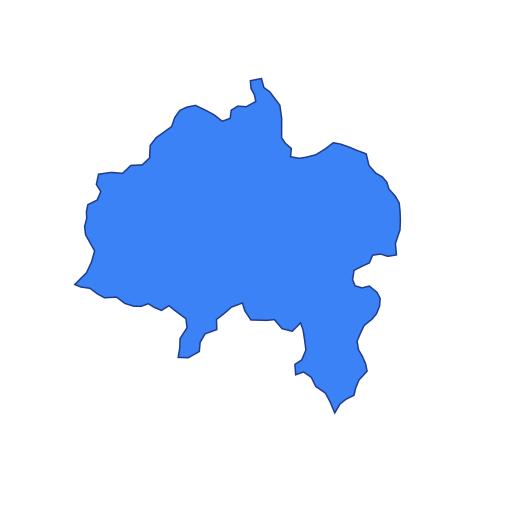 the district of Lamim, Minas Gerais, Brazil, rotated 226°
{"feature_id": "56859067B83633807690549", "entity_name": "Lamim", "entity_type": "district", "adm_level": 2, "iso_a3": "BRA", "parent_name": "Brazil", "parent_adm1": "Minas Gerais", "projection": "robinson", "projection_center": [-43.481, -20.776], "detail": "fine", "context": "isolated", "style": "filled", "palette": "blue", "viewbox_px": 512, "rotation_deg": 226, "n_neighbors": 0, "source": "geoboundaries", "source_scale": "gbopen_adm2", "svg_char_len": 1903}
<svg xmlns="http://www.w3.org/2000/svg" viewBox="0 0 512 512"><g transform="rotate(226 256 256)"><path d="M226.7,148.9L232.6,155.7L235.4,165.3L230.3,176.7L237.8,183.5L236.7,193.7L236.3,202.8L231.6,213.6L224.4,209.9L213.5,207.9L207.8,213.6L202.5,218.7L197.5,225.0L185.6,224.3L176.7,229.8L176.9,241.6L170.1,238.5L162.2,232.9L153.7,226.6L149.5,216.7L151.0,208.7L143.0,202.0L139.6,209.6L130.4,211.5L120.7,208.4L109.1,210.7L99.3,207.9L88.4,203.6L91.2,213.6L90.5,221.0L87.8,229.8L91.9,236.2L95.3,244.0L96.0,255.9L102.2,259.9L109.6,262.7L117.3,264.6L124.5,269.5L127.8,277.2L130.9,285.6L130.0,295.1L130.7,302.4L134.1,310.1L139.2,315.8L145.8,317.8L155.7,316.6L159.4,310.1L165.7,306.6L171.9,309.0L177.6,316.6L174.7,326.0L172.3,332.8L175.6,340.4L170.9,347.0L164.2,350.6L159.2,357.8L168.1,364.9L174.7,377.6L181.1,384.4L188.0,390.6L194.6,395.8L202.5,397.8L211.7,398.1L218.3,401.4L225.1,401.8L232.6,399.7L242.6,400.1L252.9,406.2L262.4,401.7L269.1,398.9L277.5,394.7L283.8,390.3L284.9,380.4L287.3,369.3L292.1,360.9L296.1,355.1L303.4,349.8L308.8,356.1L316.7,355.4L323.3,356.6L329.4,362.5L337.1,370.0L347.9,377.9L357.7,379.1L364.5,379.9L371.7,378.7L379.9,383.2L386.0,373.7L380.0,368.8L373.0,366.8L367.3,363.2L370.2,352.6L376.5,347.0L378.1,339.5L373.0,333.1L376.4,325.3L386.2,324.0L394.7,321.4L406.4,317.1L411.2,309.5L413.6,302.4L412.1,293.9L407.7,285.3L409.0,276.2L410.5,266.3L409.0,256.7L400.5,247.6L400.6,237.4L408.1,228.9L408.1,217.5L416.7,209.9L424.2,199.6L418.4,190.9L410.1,189.1L406.6,180.6L409.7,170.7L405.7,164.8L400.6,160.3L396.3,153.2L389.5,148.1L380.6,145.8L371.7,143.4L365.8,133.2L361.7,122.4L361.4,105.8L355.3,108.5L348.0,114.2L338.8,115.6L331.2,118.0L323.3,127.1L313.0,128.7L305.1,133.0L299.6,138.3L296.5,145.4L289.7,147.1L282.5,150.2L280.7,158.8L271.8,160.0L259.5,162.0L252.3,156.5L249.4,144.1L243.0,137.5L237.1,129.6L229.9,136.6L226.7,148.9Z" fill="#3b82f6" stroke="#1e3a8a" stroke-width="1.5"/></g></svg>